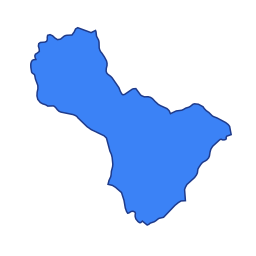 the border of Dhawalagiri, rotated 276°
{"feature_id": "NPL-1125", "entity_name": "Dhawalagiri", "entity_type": "Administrative Zone", "adm_level": 1, "iso_a3": "NPL", "parent_name": "Nepal", "parent_adm1": "", "projection": "mercator", "projection_center": [83.63, 28.648], "detail": "fine", "context": "isolated", "style": "filled", "palette": "blue", "viewbox_px": 256, "rotation_deg": 276, "n_neighbors": 0, "source": "natural_earth", "source_scale": "10m", "svg_char_len": 2401}
<svg xmlns="http://www.w3.org/2000/svg" viewBox="0 0 256 256"><g transform="rotate(276 128 128)"><path d="M182.2,24.7L184.0,25.1L185.3,25.8L186.1,27.1L186.5,29.2L188.3,28.3L190.0,27.8L191.7,28.2L192.9,29.8L194.9,31.8L197.4,31.4L200.1,30.3L202.5,30.4L203.9,31.9L204.7,36.3L205.7,38.0L207.6,38.5L209.9,38.2L211.8,38.4L212.7,40.7L211.8,43.4L209.9,45.9L208.5,48.6L209.3,51.6L212.5,54.7L213.3,55.9L213.8,57.4L214.6,62.5L217.8,64.4L221.0,65.5L222.5,67.5L219.0,81.3L221.6,85.5L220.4,86.1L216.0,87.1L212.2,89.6L210.4,90.2L204.5,91.0L202.4,91.9L200.8,93.0L199.7,94.2L196.2,97.1L192.5,99.6L190.2,100.4L187.9,100.6L185.2,100.2L182.4,100.3L180.6,101.0L179.4,102.2L177.6,105.3L176.3,106.9L167.2,114.7L163.7,116.5L161.8,117.8L160.8,118.8L160.5,119.6L161.1,121.2L167.1,128.2L167.6,129.4L168.0,131.7L162.1,137.1L161.4,138.6L160.7,141.0L161.2,144.8L160.8,147.2L159.8,149.2L157.7,151.6L157.4,151.9L154.6,155.7L153.6,158.0L151.4,164.7L150.2,166.3L149.2,167.3L146.7,168.7L150.0,174.2L151.3,179.6L152.3,181.3L153.8,183.3L155.0,186.2L156.0,187.7L158.4,190.1L159.0,191.5L159.0,195.5L157.0,200.4L155.3,201.8L153.5,203.9L151.8,206.9L148.9,210.5L148.3,211.8L147.3,215.5L143.6,224.6L141.9,227.3L140.2,228.9L132.2,231.3L130.2,227.1L129.0,226.6L127.9,226.8L126.9,226.5L126.2,224.8L126.1,223.1L126.5,222.2L126.3,220.9L125.4,220.0L118.9,214.3L117.3,213.4L115.5,212.6L112.6,212.1L108.7,211.9L106.7,211.3L104.5,209.7L103.2,208.1L102.2,206.5L101.0,205.3L99.2,204.1L96.1,202.5L94.3,201.8L90.6,201.7L88.5,201.0L85.7,199.4L78.0,192.5L75.1,191.3L72.7,190.7L61.7,192.7L61.0,188.4L59.1,185.9L56.0,182.8L42.9,172.7L41.4,168.3L40.4,167.1L38.6,165.3L37.5,163.9L35.7,160.0L34.4,158.8L33.5,157.2L36.9,152.0L35.2,150.5L35.1,149.3L36.0,147.7L38.4,145.3L40.6,144.4L42.3,144.2L43.9,144.3L45.0,143.7L45.7,142.1L45.6,140.8L45.2,139.7L43.6,137.7L43.2,136.6L44.8,135.3L48.1,133.7L55.6,131.6L63.1,128.3L67.7,121.8L69.3,118.5L69.9,114.0L73.9,114.6L77.7,115.9L79.9,116.1L83.2,116.0L87.8,116.7L90.3,116.7L97.1,115.3L100.1,114.2L103.2,112.4L115.8,107.6L117.8,105.0L122.5,91.7L125.0,87.2L132.9,77.1L134.1,76.0L134.9,74.4L135.6,72.0L136.8,59.6L137.4,57.7L138.8,55.8L140.3,54.4L141.7,52.7L142.2,51.5L141.4,45.9L141.5,45.8L142.5,43.6L143.1,40.7L144.2,38.1L147.0,35.3L150.4,34.1L154.1,33.9L157.6,34.3L160.8,33.9L167.1,30.8L170.4,29.8L171.4,29.3L172.6,27.1L173.5,26.3L177.9,25.1L180.5,24.7L182.2,24.7Z" fill="#3b82f6" stroke="#1e3a8a" stroke-width="1.5"/></g></svg>